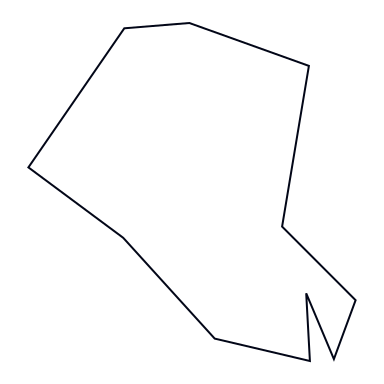 outline of Martinsville, Virginia, United States of America
{"feature_id": "52423323B40390347243240", "entity_name": "Martinsville", "entity_type": "district", "adm_level": 2, "iso_a3": "USA", "parent_name": "United States of America", "parent_adm1": "Virginia", "projection": "robinson", "projection_center": [-79.858, 36.679], "detail": "fine", "context": "isolated", "style": "outline", "palette": "ink", "viewbox_px": 384, "rotation_deg": 0, "n_neighbors": 0, "source": "geoboundaries", "source_scale": "gbopen_adm2", "svg_char_len": 278}
<svg xmlns="http://www.w3.org/2000/svg" viewBox="0 0 384 384"><path d="M28.4,167.4L123.2,237.8L214.7,338.6L309.9,361.0L306.2,293.3L333.9,359.1L355.6,300.2L282.1,226.6L298.3,129.3L308.9,65.9L189.3,23.0L124.3,28.3L28.4,167.4Z" fill="none" stroke="#020617" stroke-width="2"/></svg>